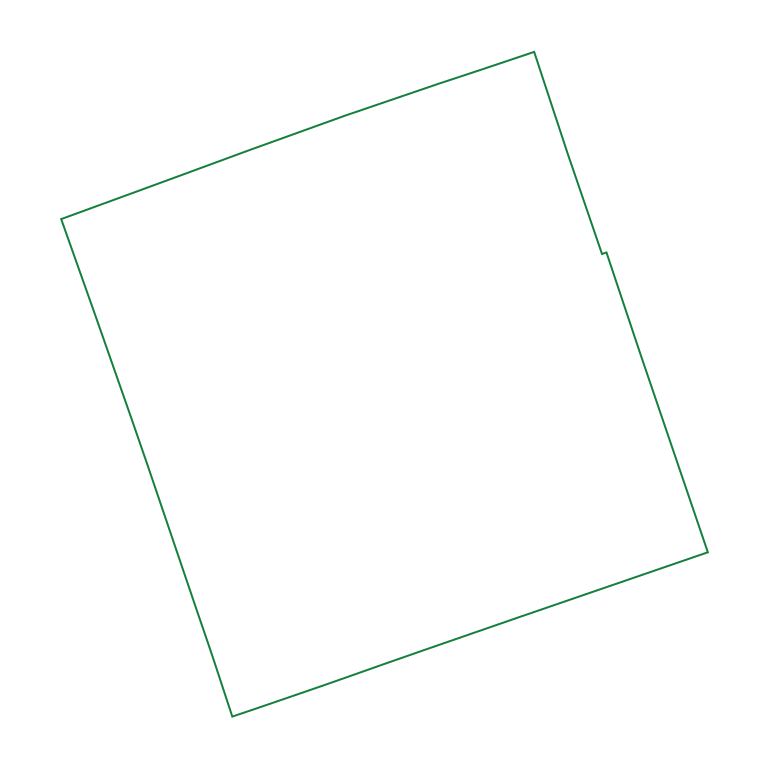 Oakland, Michigan, United States of America, rotated 73°
{"feature_id": "52423323B71844915805023", "entity_name": "Oakland", "entity_type": "district", "adm_level": 2, "iso_a3": "USA", "parent_name": "United States of America", "parent_adm1": "Michigan", "projection": "natural_earth1", "projection_center": [-83.368, 42.66], "detail": "fine", "context": "isolated", "style": "outline", "palette": "green", "viewbox_px": 768, "rotation_deg": 73, "n_neighbors": 0, "source": "geoboundaries", "source_scale": "gbopen_adm2", "svg_char_len": 525}
<svg xmlns="http://www.w3.org/2000/svg" viewBox="0 0 768 768"><g transform="rotate(73 384 384)"><path d="M112.8,243.5L116.0,343.3L121.0,445.0L126.5,543.8L131.9,644.5L234.0,640.0L340.9,635.7L393.6,633.8L400.4,633.6L446.6,632.2L549.0,629.1L551.8,629.0L569.4,628.4L582.1,628.0L595.7,627.6L604.7,627.4L657.7,626.3L656.7,593.1L654.4,526.5L651.6,460.1L650.2,424.6L646.5,324.0L639.6,123.5L428.6,130.1L323.3,132.8L323.4,137.5L217.1,141.0L110.3,143.3L111.9,202.1L112.8,243.5Z" fill="none" stroke="#15803d" stroke-width="2"/></g></svg>